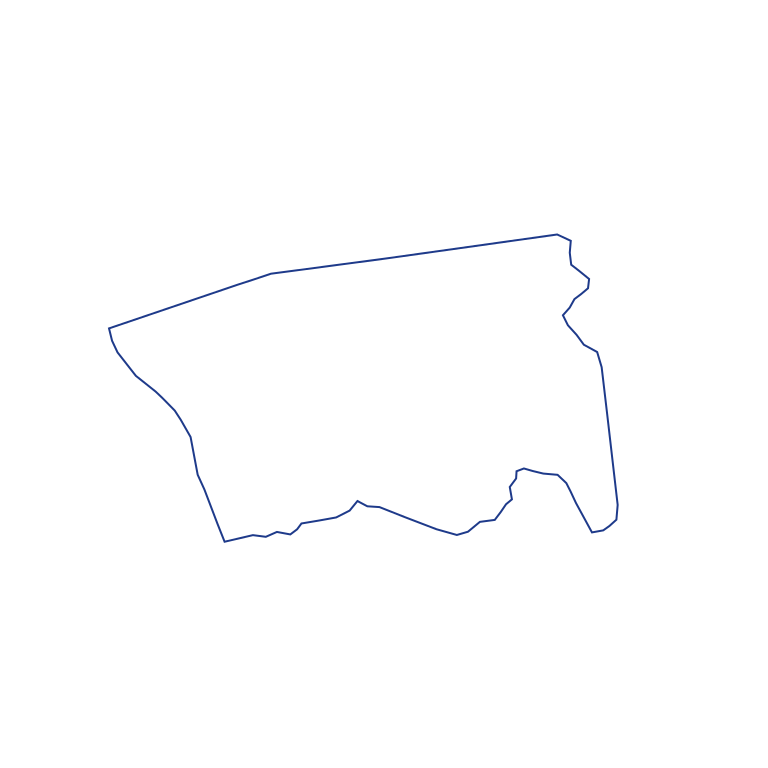 Santa Rosa do Sul, Santa Catarina, Brazil (Equal Earth projection), rotated 118°
{"feature_id": "56859067B70095049374994", "entity_name": "Santa Rosa do Sul", "entity_type": "district", "adm_level": 2, "iso_a3": "BRA", "parent_name": "Brazil", "parent_adm1": "Santa Catarina", "projection": "equal_earth", "projection_center": [-49.735, -29.123], "detail": "fine", "context": "isolated", "style": "outline", "palette": "blue", "viewbox_px": 768, "rotation_deg": 118, "n_neighbors": 0, "source": "geoboundaries", "source_scale": "gbopen_adm2", "svg_char_len": 1042}
<svg xmlns="http://www.w3.org/2000/svg" viewBox="0 0 768 768"><g transform="rotate(118 384 384)"><path d="M598.1,450.7L579.0,428.8L574.4,416.6L564.9,409.1L560.8,396.1L553.1,392.5L545.9,391.4L535.0,377.2L524.3,363.6L511.9,354.9L499.8,352.5L499.8,341.3L494.8,330.2L491.8,303.4L487.6,269.5L483.1,248.8L475.0,240.5L460.7,234.6L452.0,222.4L442.1,220.8L432.9,219.8L425.8,216.9L415.9,224.6L405.4,223.0L398.8,226.0L392.9,220.8L391.0,211.8L388.3,201.3L382.7,188.1L385.9,176.5L391.3,168.8L398.9,158.7L417.4,130.7L410.3,121.7L403.5,118.3L394.7,115.1L381.1,120.9L305.7,172.9L267.0,199.7L255.7,210.8L255.5,226.0L250.2,237.0L245.8,249.2L239.3,258.3L229.4,255.9L219.6,255.7L212.1,252.2L203.7,248.8L195.0,252.2L192.6,264.4L190.8,274.7L180.9,281.6L169.9,286.3L170.7,301.3L272.4,441.4L328.5,519.9L339.7,535.6L353.0,548.2L365.1,559.9L464.0,652.9L473.5,644.4L481.2,634.1L493.3,606.9L497.9,582.1L500.4,573.1L505.7,556.3L511.0,546.7L521.6,529.9L539.1,515.9L551.6,505.9L561.5,493.0L585.7,465.3L598.1,450.7Z" fill="none" stroke="#1e3a8a" stroke-width="2"/></g></svg>